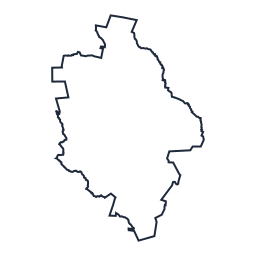 Bachíniva, Chihuahua, Mexico
{"feature_id": "50627088B52742808482976", "entity_name": "Bachíniva", "entity_type": "district", "adm_level": 2, "iso_a3": "MEX", "parent_name": "Mexico", "parent_adm1": "Chihuahua", "projection": "albers", "projection_center": [-107.312, 28.853], "detail": "fine", "context": "isolated", "style": "outline", "palette": "slate", "viewbox_px": 256, "rotation_deg": 0, "n_neighbors": 0, "source": "geoboundaries", "source_scale": "gbopen_adm2", "svg_char_len": 5665}
<svg xmlns="http://www.w3.org/2000/svg" viewBox="0 0 256 256"><path d="M138.6,240.6L154.4,236.1L156.6,221.9L155.3,218.0L161.8,214.7L164.5,209.0L164.5,206.5L164.9,205.0L165.6,205.2L165.8,201.3L161.3,199.8L172.2,185.2L172.4,184.0L172.7,183.2L172.9,182.2L173.4,181.9L174.4,181.9L175.0,182.0L175.8,183.6L176.6,184.3L177.2,184.4L177.9,184.1L178.2,183.8L178.4,181.7L180.2,175.4L180.3,175.2L179.9,175.0L178.7,173.0L173.1,162.5L169.3,162.4L168.6,162.3L168.7,160.8L167.1,158.5L169.3,151.4L190.3,150.3L192.7,146.5L200.8,146.5L203.8,139.7L203.1,136.4L201.5,135.6L203.1,131.9L201.5,131.1L202.0,129.9L201.2,129.6L201.7,128.4L201.5,127.8L201.6,127.7L201.7,127.4L201.3,126.9L201.5,126.5L201.5,125.4L201.6,124.4L201.2,123.3L201.0,122.1L201.1,121.8L201.1,121.3L200.5,120.7L200.4,120.0L200.4,119.7L200.7,119.3L200.8,118.7L200.6,118.0L199.4,118.0L198.1,116.8L196.7,116.7L195.5,115.4L191.9,112.2L192.4,111.7L191.2,110.4L191.1,110.0L191.2,109.4L190.1,108.1L189.7,107.0L189.6,106.8L189.8,106.6L188.5,105.5L188.7,105.1L188.6,104.9L188.8,104.6L188.7,104.4L188.2,103.7L187.8,103.8L187.7,103.5L187.7,103.3L187.6,103.2L187.2,103.4L186.8,103.2L186.5,103.4L185.1,103.4L184.5,102.9L183.2,101.2L180.6,100.0L180.0,99.5L178.8,99.2L178.0,98.7L176.0,98.0L175.4,97.7L174.5,97.7L174.2,97.3L171.9,96.8L171.8,96.4L171.6,93.2L170.7,91.9L169.9,91.5L169.5,91.5L168.0,90.2L168.4,87.9L165.2,87.5L165.2,86.6L165.0,86.3L165.4,85.1L165.1,84.7L165.2,84.2L165.6,83.7L165.7,83.3L165.1,82.6L165.0,82.4L165.3,81.5L165.2,80.5L165.0,80.0L164.8,80.0L164.6,80.0L164.4,80.5L163.6,80.5L163.1,80.3L163.1,79.7L162.7,79.8L162.9,78.6L162.5,76.3L162.6,76.0L162.5,75.1L162.8,73.8L163.2,73.3L163.3,72.8L163.5,72.4L163.6,70.6L164.0,70.1L163.9,69.4L163.3,68.0L162.9,68.3L162.4,68.2L162.2,68.2L162.1,67.9L162.6,67.1L162.6,66.7L162.5,66.3L162.0,65.6L161.6,65.3L161.6,65.1L161.8,65.0L161.6,64.7L161.2,64.8L160.7,64.5L160.5,64.0L160.4,63.6L160.1,63.3L159.9,62.7L160.2,62.6L160.2,62.3L159.9,62.3L159.8,62.1L159.2,61.9L158.5,60.5L158.5,60.4L158.3,60.1L158.2,59.7L157.6,59.3L157.7,58.9L157.5,58.6L157.5,58.2L157.4,57.5L157.1,57.3L157.0,56.8L157.0,56.4L156.7,56.1L156.1,56.2L156.0,55.9L155.9,55.8L155.2,55.8L155.1,55.5L155.1,55.1L155.0,54.9L155.1,54.5L155.0,54.2L154.3,54.4L153.9,54.3L153.9,54.0L153.2,53.0L153.0,52.7L152.7,52.6L152.7,52.3L152.2,52.1L152.1,51.7L151.1,50.8L150.8,49.9L150.6,49.7L150.0,49.4L148.6,49.2L147.8,48.9L147.3,48.5L146.5,48.3L146.0,48.6L145.5,48.6L143.0,48.0L142.3,48.2L141.1,48.2L140.2,47.2L139.3,47.2L139.0,46.6L138.4,46.2L137.4,44.1L136.9,43.2L136.8,41.2L135.7,39.3L134.8,38.8L134.3,36.3L134.4,35.5L134.3,34.2L134.0,32.9L131.7,31.9L136.7,20.1L122.1,17.2L110.7,15.4L106.3,27.3L95.9,25.4L96.0,30.0L95.7,30.3L97.1,32.0L98.1,34.8L99.1,36.3L99.2,37.1L99.8,37.3L101.1,38.2L102.8,40.0L103.1,40.3L103.7,42.0L104.7,43.4L105.0,45.1L104.8,47.2L102.4,46.5L101.0,46.5L100.5,48.1L103.0,48.7L101.2,57.9L93.8,56.2L92.7,55.5L92.4,55.4L87.5,55.6L86.0,56.2L81.0,55.4L79.6,52.3L77.9,51.9L76.9,53.9L73.4,54.3L73.2,55.1L71.8,55.0L71.5,55.6L69.0,55.7L68.5,55.3L68.3,55.3L68.1,55.6L67.7,55.8L66.5,55.6L65.3,55.5L63.7,55.8L61.7,66.2L62.0,67.5L52.2,67.7L52.3,81.6L64.9,81.5L68.4,97.4L56.0,98.5L59.8,111.6L59.3,113.9L59.0,113.8L58.9,113.7L58.8,113.0L56.9,111.3L56.5,111.1L56.2,111.3L56.6,112.2L56.8,113.4L57.2,114.1L57.2,114.4L57.5,114.5L58.0,115.4L57.9,117.3L58.6,117.9L59.2,118.1L59.3,118.3L59.2,118.9L60.1,119.7L60.0,120.7L60.6,122.4L61.6,123.2L62.4,124.0L62.2,124.7L62.4,125.0L62.2,125.4L62.4,125.7L62.3,126.2L63.4,129.0L63.0,129.5L63.3,130.1L63.5,130.1L63.5,130.5L62.6,131.4L62.7,132.0L63.1,133.2L63.1,133.9L63.7,134.4L64.0,134.4L64.6,135.0L65.3,136.5L66.2,137.7L66.5,138.9L66.3,139.7L65.4,139.9L65.0,139.8L64.6,140.0L64.5,140.4L63.8,141.1L63.6,141.6L63.0,141.7L62.7,141.8L62.5,142.2L62.0,142.3L61.1,142.1L60.2,142.7L60.2,143.1L59.5,143.5L59.3,143.9L59.2,144.2L59.6,144.5L60.0,144.5L60.8,145.9L61.3,146.2L61.7,147.1L62.9,148.2L63.2,148.9L63.3,149.3L63.3,150.4L63.4,150.8L63.1,151.9L63.4,152.1L63.6,152.9L63.4,153.1L63.3,154.5L63.1,154.8L62.0,154.7L60.7,155.1L59.6,155.0L58.7,154.8L58.4,154.9L57.9,155.2L57.4,156.0L57.1,157.4L56.7,157.6L56.5,157.9L56.5,158.1L56.2,158.3L57.0,158.5L57.9,159.6L58.3,159.8L58.8,160.0L59.1,160.7L59.6,160.8L60.3,161.3L60.4,161.5L60.5,162.0L61.2,162.2L61.5,162.6L61.3,163.5L61.3,163.9L63.0,165.7L63.6,166.1L64.2,167.0L64.8,167.2L65.4,168.2L65.7,168.3L66.9,169.7L67.2,169.8L67.8,169.9L68.3,170.2L68.7,170.2L68.9,170.3L68.9,170.8L69.1,171.1L70.3,171.2L70.9,171.5L71.0,171.7L72.4,171.9L73.3,171.6L74.0,171.0L75.5,170.9L75.6,170.7L76.0,170.7L77.9,172.0L79.5,171.8L80.1,171.3L80.4,171.4L80.7,171.9L81.2,172.0L81.5,172.3L81.9,173.8L82.5,174.6L83.2,175.0L83.8,175.7L84.1,177.6L84.3,177.8L84.9,177.7L85.6,178.1L85.8,179.8L86.6,180.2L86.9,180.0L87.2,180.2L87.9,181.0L88.1,183.0L87.9,184.9L87.7,185.4L88.1,186.3L88.0,186.9L87.2,187.8L86.7,188.1L86.2,188.6L86.2,189.0L87.3,189.2L87.5,189.5L89.0,190.6L89.7,191.4L90.5,191.6L91.1,192.2L91.1,192.6L91.4,193.3L91.6,193.4L91.9,192.8L92.2,192.9L93.1,194.3L93.4,195.4L93.8,196.0L95.2,196.3L96.1,197.0L96.4,196.9L97.0,196.3L97.7,196.1L99.4,196.7L100.0,196.2L100.3,195.6L100.9,195.5L101.1,195.7L101.4,195.5L101.6,195.9L102.7,196.6L104.0,196.9L104.5,197.2L104.8,197.7L110.9,193.6L115.5,197.4L114.8,198.9L113.2,204.6L109.5,215.6L115.7,215.9L116.0,213.2L116.4,213.6L116.6,213.4L116.8,213.4L118.8,214.9L119.9,216.5L120.8,216.5L121.4,216.3L121.8,216.3L123.3,217.1L125.0,217.3L126.3,218.2L126.7,218.3L127.5,218.8L127.8,219.5L128.5,220.1L128.5,221.0L128.7,221.6L128.9,222.8L129.3,223.2L129.8,224.0L130.7,224.4L130.8,224.7L131.7,225.8L132.2,226.9L133.9,228.2L133.8,228.8L133.2,229.3L128.6,228.5L128.7,230.2L134.1,230.9L138.6,240.6Z" fill="none" stroke="#1e293b" stroke-width="2"/></svg>